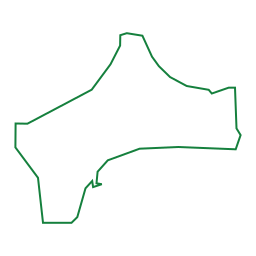 Chester, Tennessee, United States of America (Robinson projection)
{"feature_id": "52423323B69981881388285", "entity_name": "Chester", "entity_type": "district", "adm_level": 2, "iso_a3": "USA", "parent_name": "United States of America", "parent_adm1": "Tennessee", "projection": "robinson", "projection_center": [-88.588, 35.42], "detail": "fine", "context": "isolated", "style": "outline", "palette": "green", "viewbox_px": 256, "rotation_deg": 0, "n_neighbors": 0, "source": "geoboundaries", "source_scale": "gbopen_adm2", "svg_char_len": 508}
<svg xmlns="http://www.w3.org/2000/svg" viewBox="0 0 256 256"><path d="M235.7,149.3L240.6,135.1L236.5,128.4L235.0,87.7L228.6,87.7L211.8,93.5L208.7,89.8L186.7,86.0L170.1,77.1L158.9,66.2L152.0,56.7L142.4,35.7L126.8,33.2L120.3,35.2L120.1,45.6L110.5,64.3L91.7,89.7L27.4,123.7L15.6,123.5L15.4,147.4L38.0,177.8L43.0,222.8L71.5,222.8L77.3,217.1L85.5,188.3L92.2,181.0L93.1,187.1L101.8,184.2L96.5,183.3L97.6,171.7L107.8,160.3L139.6,148.7L178.4,147.0L235.7,149.3Z" fill="none" stroke="#15803d" stroke-width="2"/></svg>